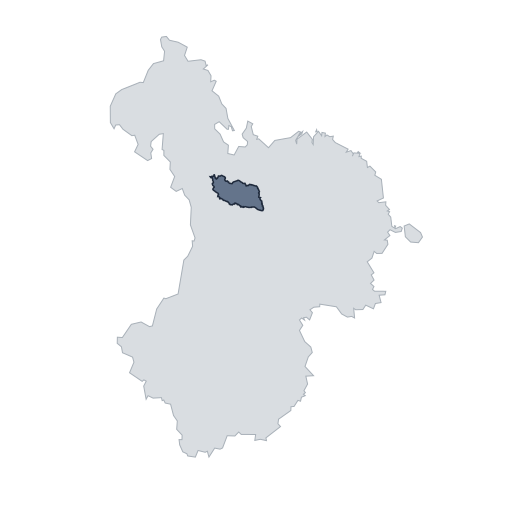 location of Shanxi within China, rotated 277°
{"feature_id": "CHN-1805", "entity_name": "Shanxi", "entity_type": "Province", "adm_level": 1, "iso_a3": "CHN", "parent_name": "China", "parent_adm1": "", "projection": "equal_earth", "projection_center": [112.547, 37.663], "detail": "fine", "context": "in_parent", "style": "filled", "palette": "slate", "viewbox_px": 512, "rotation_deg": 277, "n_neighbors": 0, "source": "natural_earth", "source_scale": "10m", "svg_char_len": 9022}
<svg xmlns="http://www.w3.org/2000/svg" viewBox="0 0 512 512"><g transform="rotate(277 256 256)"><path d="M283.7,385.5L274.0,380.8L273.2,375.5L275.0,372.7L268.0,371.3L263.8,367.1L253.7,375.1L251.3,372.7L246.5,376.1L242.7,373.0L240.1,376.8L237.0,375.7L235.5,378.0L236.8,389.1L233.2,388.7L232.1,383.0L225.0,385.8L223.4,380.3L217.9,379.0L220.6,370.9L215.9,368.6L214.8,361.5L216.0,359.3L206.5,361.4L207.7,358.3L206.5,354.2L208.9,348.1L215.4,342.0L216.0,325.2L213.4,325.4L212.2,319.6L209.2,316.1L206.6,318.9L199.1,317.0L201.4,313.5L200.5,310.7L198.3,312.0L200.0,308.8L197.8,306.9L192.9,310.9L187.4,308.2L177.0,314.8L172.3,321.5L167.1,323.6L162.2,320.2L152.3,318.1L144.2,327.7L142.8,320.1L135.2,322.8L128.1,320.0L126.4,321.7L124.6,319.9L123.4,321.9L121.4,318.3L117.3,317.9L117.8,315.2L111.3,312.1L110.7,309.1L106.9,309.4L96.8,298.3L92.2,298.2L89.7,301.1L76.7,288.0L74.0,288.9L74.6,282.6L72.8,277.3L78.8,277.4L77.1,263.1L79.2,260.3L74.8,257.0L74.1,249.3L61.4,246.2L59.9,243.9L60.3,238.4L50.7,233.8L56.3,231.5L55.0,229.5L55.9,222.2L49.0,220.3L49.2,212.6L51.3,211.5L52.7,207.2L59.2,203.3L64.4,202.0L64.7,204.9L69.2,204.5L74.3,198.4L82.7,198.0L87.6,193.6L98.5,189.3L99.0,183.8L101.8,182.0L101.0,180.5L103.9,179.4L102.4,171.2L104.2,165.9L100.4,164.4L113.2,160.4L118.4,162.3L119.4,159.8L117.7,158.3L124.7,144.7L135.7,147.8L140.6,145.8L143.7,135.3L149.5,133.5L152.4,128.9L158.5,128.3L158.8,133.3L173.0,140.6L176.5,150.0L172.9,158.9L174.0,161.7L191.3,163.9L203.0,169.7L202.6,171.7L208.8,183.3L243.2,184.9L247.5,188.3L257.9,191.9L263.3,190.8L263.3,192.7L266.5,193.3L278.9,187.1L296.4,185.8L303.6,182.8L307.7,177.8L314.0,174.6L310.4,168.9L313.8,162.9L325.0,165.6L331.5,160.0L338.9,159.5L344.6,152.3L349.6,151.7L350.3,149.8L366.2,149.1L365.0,145.1L356.8,138.0L352.1,138.0L349.4,140.8L345.5,139.0L340.0,140.5L337.5,136.8L344.6,122.8L352.4,125.4L361.1,120.9L360.3,118.1L365.6,108.5L369.7,104.5L368.9,100.8L365.0,99.6L370.7,95.2L386.9,93.1L399.9,97.1L404.8,102.4L414.3,119.7L414.4,123.0L427.2,126.4L434.5,130.8L438.5,140.5L448.1,140.3L452.1,137.0L459.3,134.8L461.8,135.8L463.0,140.3L459.6,143.8L458.7,152.7L454.9,162.3L446.3,160.6L441.0,164.8L444.1,177.5L443.2,181.7L439.0,183.3L439.9,185.0L435.2,180.9L434.3,185.7L429.4,189.4L423.4,189.8L425.4,193.2L424.6,195.2L414.6,192.2L410.1,199.5L402.8,203.5L398.8,208.3L389.1,211.3L377.9,219.2L377.4,217.4L381.3,215.7L382.2,213.2L378.4,213.2L378.3,211.8L384.8,203.1L381.6,198.9L377.2,199.5L372.6,205.5L365.3,209.9L362.6,215.1L354.3,215.5L353.6,222.0L362.6,225.5L362.9,232.0L365.3,233.8L368.6,233.7L371.9,228.8L375.3,227.4L381.7,230.8L388.9,231.4L386.8,236.7L383.9,235.5L376.1,238.5L375.1,243.2L371.9,242.5L372.6,244.5L365.0,255.2L373.0,260.6L377.7,275.9L385.0,283.2L384.5,285.1L375.5,281.2L372.0,282.8L376.9,282.4L385.2,291.2L378.7,297.7L375.4,297.7L373.6,299.2L381.3,298.6L387.4,302.8L383.3,306.5L386.7,306.4L386.4,309.9L383.0,309.9L384.8,311.7L383.4,314.7L384.4,318.1L381.0,317.8L378.2,320.9L373.3,334.4L370.0,332.9L372.2,337.4L369.2,340.1L366.8,339.5L370.3,340.6L370.5,346.7L367.2,346.1L368.0,348.3L365.8,348.5L363.5,354.3L357.4,355.8L359.1,358.1L354.0,364.6L350.6,364.1L347.4,371.1L329.1,375.4L325.4,369.5L323.9,371.4L325.6,378.3L322.1,378.5L318.4,382.8L316.7,380.8L316.3,383.2L313.6,382.1L311.0,385.0L302.0,387.2L300.1,391.2L302.8,395.5L301.5,397.8L298.0,397.1L296.4,391.5L298.4,385.8L295.7,383.7L292.6,386.4L287.6,381.5L287.7,384.3L283.7,385.5ZM303.8,399.4L306.5,404.2L299.3,416.5L295.1,418.9L289.0,415.6L288.7,407.8L293.3,401.9L303.8,399.4ZM385.3,287.1L382.8,286.6L380.5,284.1L382.4,284.6L385.3,287.1ZM388.8,300.8L386.9,301.4L386.5,300.1L388.8,300.8ZM372.1,344.7L371.1,346.3L371.2,344.2L372.1,344.7ZM301.0,390.6L302.9,389.8L302.7,391.0L301.0,390.6Z" fill="#d9dde1" stroke="#a8b0b8" stroke-width="1"/><path d="M329.1,200.9L329.1,201.5L329.4,202.0L329.6,202.2L329.7,202.4L329.8,202.6L329.8,203.2L330.0,204.2L330.1,204.3L330.7,204.4L331.1,204.4L331.5,204.5L331.5,204.8L331.2,205.0L330.1,205.3L329.7,205.6L328.8,205.9L328.7,206.0L328.6,206.7L328.5,206.9L328.4,206.8L328.3,206.7L328.2,206.5L328.1,206.4L327.8,206.9L327.6,207.1L327.6,207.4L327.6,207.5L328.2,207.8L328.4,208.2L328.5,208.3L329.4,208.5L329.7,208.8L330.4,208.9L330.7,208.9L330.8,208.9L330.9,209.1L330.9,209.9L330.8,210.4L330.9,210.7L331.1,211.1L331.3,211.2L331.4,211.3L331.6,211.5L331.8,211.8L331.8,212.3L331.4,213.2L331.3,213.6L331.1,213.9L331.0,214.1L331.0,214.7L330.9,215.0L330.8,215.3L330.3,215.5L330.0,216.0L329.8,216.1L329.2,216.1L328.8,216.0L328.4,215.6L328.0,215.7L327.6,215.9L327.3,216.0L327.1,216.1L327.0,216.3L326.9,216.8L326.5,217.1L326.5,217.3L326.6,217.7L326.7,218.0L327.0,218.3L327.0,218.5L326.4,219.2L326.0,219.3L326.0,219.8L325.9,219.8L325.6,219.9L325.5,220.0L324.9,220.9L324.9,221.1L325.0,221.8L324.9,222.2L324.8,222.5L325.0,223.6L325.9,223.9L326.2,224.1L326.4,224.4L326.7,224.5L326.9,225.0L327.2,225.5L327.4,226.1L327.5,226.3L327.7,226.6L328.1,227.4L328.4,228.2L328.9,228.7L329.0,228.9L328.9,229.7L328.6,230.5L328.4,230.9L327.9,231.5L327.8,231.9L327.5,232.2L327.5,232.4L327.4,232.8L327.3,233.2L326.9,233.6L326.6,233.9L326.5,234.0L326.5,234.4L326.5,234.6L326.5,234.9L326.7,235.3L326.7,236.1L326.7,236.3L326.2,236.3L325.9,236.8L325.5,237.2L325.2,237.3L324.8,237.5L324.5,237.5L324.4,237.6L324.6,238.0L324.5,238.3L324.8,238.8L324.9,239.1L325.1,239.3L325.0,239.6L325.0,239.9L325.2,240.1L325.5,240.2L325.7,240.3L326.1,240.7L326.4,241.1L326.4,241.3L326.0,242.3L326.2,242.6L326.0,242.8L326.2,243.2L326.1,243.6L326.1,243.9L326.1,244.0L326.0,244.6L325.9,244.7L325.7,244.8L325.7,245.4L325.7,245.8L325.7,246.1L325.5,246.4L325.5,246.7L325.4,247.4L325.6,247.7L325.6,247.8L325.5,248.0L325.1,248.2L324.9,248.5L324.7,248.9L324.6,249.0L324.3,249.2L323.6,249.4L323.4,249.4L323.4,249.7L323.3,249.8L323.1,249.8L322.8,250.0L322.5,250.1L322.3,250.3L322.2,250.5L321.4,250.7L321.2,250.9L321.0,251.2L320.6,251.5L319.9,251.5L319.3,251.2L319.1,250.9L318.8,250.9L318.5,251.1L318.3,251.5L317.9,251.7L317.7,251.7L317.1,251.6L316.6,251.7L315.3,251.5L315.1,251.6L314.8,251.5L314.6,251.6L314.6,252.7L314.5,253.3L313.9,252.9L313.6,252.9L313.4,252.9L313.0,253.0L312.8,253.3L312.5,253.4L312.4,253.6L312.0,253.7L311.9,253.8L311.9,254.0L311.6,254.2L311.4,254.6L311.2,254.7L311.2,255.0L310.1,255.3L309.8,255.4L309.5,255.2L309.4,255.3L309.1,255.5L308.9,255.4L308.8,255.6L308.7,255.7L308.2,255.4L308.1,255.5L308.0,255.8L307.9,255.9L307.3,256.1L307.0,256.4L306.9,256.4L306.6,256.3L306.6,256.7L306.3,256.9L305.4,257.0L305.2,257.1L305.1,257.3L304.6,257.5L304.1,257.5L303.8,257.7L303.5,257.4L303.3,257.4L303.1,257.4L303.0,257.6L302.9,257.6L302.7,257.4L302.1,257.3L301.9,257.2L301.8,256.9L301.7,256.4L301.7,255.6L301.7,255.4L301.9,255.2L302.0,254.9L301.9,254.6L301.9,254.3L301.9,254.1L302.1,253.7L302.1,253.3L302.2,252.9L302.4,251.9L302.6,251.5L302.7,251.4L303.1,251.0L303.2,250.6L303.3,250.5L303.6,250.0L303.8,249.9L303.9,249.7L304.1,249.2L304.3,248.6L304.5,248.2L304.4,247.8L304.2,247.1L304.1,245.8L303.9,245.5L303.7,245.5L303.7,245.0L303.6,244.6L303.3,243.1L303.3,242.7L303.5,242.1L303.5,241.9L303.4,241.4L303.4,241.1L303.5,240.6L303.6,240.2L303.7,239.9L303.7,239.5L303.6,239.0L303.6,238.9L302.9,238.0L303.0,237.9L303.2,238.0L303.2,237.8L303.3,237.6L303.1,237.6L303.1,237.4L302.9,237.2L303.0,237.1L303.1,236.9L303.1,236.6L302.9,236.2L303.0,236.0L303.1,235.7L303.2,235.4L302.9,235.2L302.9,234.9L303.0,234.9L303.2,235.0L303.4,234.9L303.2,234.8L303.5,234.6L303.6,234.3L303.8,234.2L303.9,233.8L304.0,233.7L304.7,232.8L304.8,232.6L305.0,232.4L305.0,232.2L305.1,231.9L304.8,231.7L304.7,231.6L304.7,231.4L304.7,231.2L304.8,231.1L305.1,231.0L305.4,230.8L305.7,230.1L305.8,229.9L305.7,229.5L305.6,229.3L305.7,229.2L305.9,229.0L305.7,228.8L305.2,228.5L305.5,228.3L305.6,228.2L305.0,227.8L304.9,227.6L304.4,226.6L304.1,226.3L303.9,226.3L303.9,225.9L303.8,225.0L303.9,224.5L303.8,224.4L303.9,224.0L304.0,224.0L304.2,223.9L304.3,223.8L304.4,223.2L304.5,223.2L304.9,223.1L305.0,223.0L305.3,222.6L305.6,222.4L305.8,222.0L305.9,221.8L306.2,221.8L306.3,221.7L306.4,221.3L306.6,221.0L306.7,220.6L306.5,220.3L306.5,220.2L306.7,219.6L306.8,219.4L307.0,219.1L307.0,218.8L307.2,218.4L307.3,217.8L307.4,217.6L307.2,217.0L307.3,216.7L307.5,216.5L308.0,216.3L308.2,216.1L308.3,215.8L308.5,215.1L309.0,214.0L308.9,213.9L308.7,213.7L308.5,213.4L308.4,213.5L308.2,213.2L308.3,213.0L308.5,212.9L308.8,212.8L309.4,212.9L309.6,212.8L309.8,212.7L310.0,212.3L310.3,212.0L310.3,211.8L310.3,211.0L310.5,211.1L310.5,210.9L310.8,210.8L312.1,210.9L312.3,211.2L312.6,211.3L313.3,211.0L313.8,210.4L313.9,210.1L314.0,209.6L314.3,209.2L314.5,208.6L315.0,207.6L315.5,207.1L315.8,206.4L315.9,206.1L316.2,205.6L316.8,205.3L317.1,205.0L317.4,205.1L318.0,205.4L318.4,205.5L319.0,205.9L319.1,206.1L319.4,206.1L319.9,205.8L320.1,205.6L320.7,204.7L320.9,204.5L321.8,204.0L322.5,203.8L322.9,204.0L323.0,204.1L323.2,204.5L323.3,204.7L323.6,204.8L324.2,204.7L324.5,204.6L324.8,204.5L325.8,203.8L326.0,203.7L326.5,203.8L326.7,203.7L327.3,203.4L328.4,203.2L328.5,203.1L328.6,202.8L328.3,202.2L328.2,202.0L328.2,201.8L328.3,201.7L328.5,201.4L329.1,200.9Z" fill="#64748b" stroke="#1e293b" stroke-width="1.5"/></g></svg>